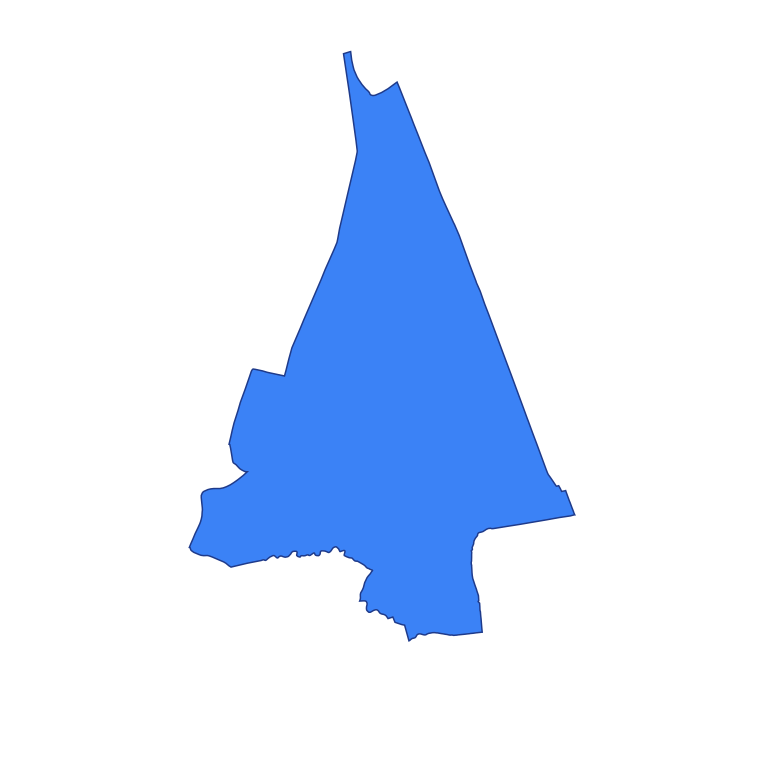 Thoi Binh, Cà Mau, Vietnam, rotated 37°
{"feature_id": "81297802B72962934651760", "entity_name": "Thoi Binh", "entity_type": "district", "adm_level": 2, "iso_a3": "VNM", "parent_name": "Vietnam", "parent_adm1": "Cà Mau", "projection": "mercator", "projection_center": [105.181, 9.38], "detail": "fine", "context": "isolated", "style": "filled", "palette": "blue", "viewbox_px": 768, "rotation_deg": 37, "n_neighbors": 0, "source": "geoboundaries", "source_scale": "gbopen_adm2", "svg_char_len": 6134}
<svg xmlns="http://www.w3.org/2000/svg" viewBox="0 0 768 768"><g transform="rotate(37 384 384)"><path d="M152.9,144.6L180.1,171.3L193.4,184.6L197.6,188.8L215.4,206.7L222.4,214.0L223.2,215.3L226.8,222.8L234.1,239.3L241.4,255.9L248.9,272.8L254.8,286.2L259.6,295.7L261.2,299.1L261.4,299.8L263.1,306.4L265.6,317.1L268.1,327.9L271.0,338.7L281.4,381.4L283.4,389.0L288.7,410.6L293.0,421.4L297.5,432.0L299.7,437.5L283.8,444.9L279.2,446.6L272.3,449.8L270.5,450.8L270.2,451.4L270.2,452.4L270.4,453.7L272.0,458.5L276.3,471.8L280.3,485.0L283.4,493.1L287.7,505.4L290.6,512.2L293.4,518.3L296.5,525.4L297.2,525.1L300.1,527.6L305.7,532.9L309.0,536.1L310.5,537.3L310.9,537.5L311.4,537.6L312.0,537.6L313.3,537.5L314.7,537.5L316.6,537.9L319.6,538.4L322.0,538.3L325.4,537.7L326.9,536.9L327.6,536.4L326.6,541.9L324.8,548.7L323.4,553.1L321.9,557.1L320.0,560.8L318.1,563.8L315.8,566.3L313.1,568.3L310.8,570.1L308.6,572.2L306.9,574.3L304.9,577.9L304.5,578.9L304.5,579.9L304.5,580.7L304.8,581.6L305.1,582.9L306.5,584.8L310.6,589.2L313.4,592.2L314.8,593.9L315.8,595.6L318.1,599.1L319.4,601.9L320.4,604.5L321.0,606.5L322.0,611.0L323.2,617.1L324.7,622.9L325.9,628.0L326.9,631.7L327.6,631.4L329.3,632.6L329.9,632.9L331.4,633.0L333.5,632.9L335.9,632.3L338.7,631.6L341.0,630.9L343.3,629.6L346.1,627.3L347.8,626.5L351.1,625.5L358.1,623.8L362.9,622.6L365.6,622.3L369.6,622.5L371.7,622.3L372.0,622.3L382.6,609.5L392.2,598.8L392.9,597.7L393.5,597.0L394.0,596.7L394.9,596.5L395.6,596.1L396.0,595.2L396.4,593.1L397.0,590.9L398.6,587.8L399.6,587.1L400.6,587.1L402.5,587.3L403.4,587.2L403.9,586.7L404.1,585.1L404.8,583.7L405.7,583.1L407.9,582.4L409.3,581.8L410.7,580.3L411.4,579.2L411.6,578.0L411.8,575.8L411.6,574.2L411.9,572.7L413.3,571.3L414.7,570.4L415.4,570.4L416.0,570.9L416.7,572.1L417.1,573.1L417.6,573.5L418.9,573.6L420.7,573.0L421.2,572.5L421.1,571.2L421.7,570.5L423.4,569.5L424.4,568.5L425.4,566.8L426.3,566.1L427.1,566.1L427.7,565.8L428.2,565.2L429.4,561.5L429.9,561.0L430.4,561.0L431.5,561.7L432.3,561.9L433.6,561.5L435.1,560.4L435.4,559.5L435.3,558.3L434.5,556.8L434.1,555.9L434.4,555.0L435.8,553.9L437.5,552.9L439.2,552.4L440.8,552.1L441.4,551.7L441.9,550.6L442.1,549.2L441.9,546.1L442.2,544.8L443.1,543.3L444.2,542.7L445.1,542.8L447.0,543.0L449.5,544.3L449.9,544.2L450.6,543.1L451.6,541.7L452.1,541.1L452.6,540.8L453.1,540.8L453.5,541.1L453.9,541.7L454.9,544.2L455.5,544.9L457.9,544.5L460.7,543.7L462.9,542.4L463.6,542.3L466.1,542.8L467.3,542.8L468.3,542.3L469.4,541.5L471.3,541.2L476.4,540.6L478.0,540.6L479.1,540.8L480.0,541.0L480.8,541.1L481.7,541.0L483.3,540.5L484.4,540.4L486.7,539.7L487.1,539.9L487.1,540.6L487.0,541.5L487.2,543.2L487.2,544.1L487.0,546.5L487.0,548.8L488.1,554.2L490.1,559.1L490.7,561.6L491.1,564.8L491.7,566.2L492.6,567.4L494.0,569.1L494.8,570.7L495.2,572.0L497.9,569.7L499.0,568.9L500.0,568.4L500.8,568.4L501.7,568.8L502.5,569.4L503.3,570.5L504.1,572.4L505.1,573.9L506.1,574.9L506.9,575.2L508.4,575.4L509.3,575.4L510.0,574.9L510.6,574.3L511.1,573.1L511.6,571.9L512.2,570.7L513.3,569.2L514.1,568.7L515.2,568.5L516.1,568.6L517.2,569.0L518.1,569.3L518.8,569.4L519.7,569.3L520.7,569.0L522.4,568.2L523.5,567.9L524.4,567.8L525.5,567.9L528.4,568.9L531.3,564.8L532.7,565.6L536.2,567.7L542.8,565.5L545.6,564.2L558.5,574.1L558.6,573.9L558.7,573.7L558.9,573.3L559.0,572.6L559.1,572.1L559.2,571.5L559.4,571.1L559.5,570.7L559.8,570.1L560.1,569.7L560.6,569.2L561.1,568.5L561.4,568.1L561.5,567.7L561.6,567.1L561.6,566.5L561.4,565.0L561.4,564.4L561.5,563.8L561.7,563.5L562.0,563.0L562.3,562.5L562.7,562.2L563.3,561.8L563.8,561.5L564.3,561.3L565.2,561.0L566.9,560.3L567.5,559.9L568.2,559.3L568.5,558.8L568.8,557.9L569.6,556.5L570.0,556.0L570.6,555.4L571.5,554.4L572.0,553.8L572.9,553.0L573.4,552.6L573.9,552.2L574.4,551.9L575.8,551.1L576.8,550.4L577.3,550.2L578.3,549.7L578.9,549.4L579.7,549.0L581.5,548.0L583.7,546.9L585.3,546.0L586.3,545.6L586.9,545.3L587.5,545.0L588.0,544.7L588.7,544.1L589.4,543.5L590.1,543.2L590.6,543.0L591.1,542.7L592.0,541.8L592.8,541.1L593.4,540.6L594.0,539.9L597.7,536.5L599.0,535.3L601.5,532.9L602.4,532.1L603.2,531.2L604.0,530.5L605.0,529.6L607.6,527.0L608.5,526.2L609.3,525.4L610.3,524.5L611.0,523.8L611.8,523.1L609.3,520.4L606.0,516.7L602.7,513.0L601.0,511.2L598.0,507.8L597.0,507.1L596.1,506.1L594.5,504.1L592.6,501.9L592.3,501.5L590.9,501.3L590.3,501.2L590.1,501.1L590.0,500.8L590.0,500.5L590.1,500.1L590.0,499.9L586.8,496.2L585.4,495.2L582.6,493.3L581.6,492.5L577.2,489.6L574.8,487.9L571.9,485.9L569.5,483.6L567.8,481.7L564.1,477.3L563.2,476.3L563.0,476.0L563.0,475.9L562.8,475.8L562.4,475.6L562.0,475.2L561.1,474.1L560.8,473.6L560.5,472.8L560.0,472.1L559.4,471.3L558.5,470.0L556.4,467.2L555.7,466.1L555.1,465.4L554.6,465.1L554.1,464.7L554.0,464.4L554.0,464.2L554.2,463.8L554.3,463.5L554.3,463.3L554.2,463.0L554.1,462.8L553.7,462.4L553.0,461.8L552.8,461.5L551.8,457.7L551.4,457.1L551.1,456.8L550.9,456.2L550.3,455.1L549.9,453.0L549.8,451.6L549.9,449.5L549.8,448.6L549.2,447.6L549.0,446.6L549.1,446.1L549.4,445.4L550.9,443.6L551.8,442.3L552.7,440.0L553.1,438.7L554.2,436.7L555.9,435.1L557.1,434.7L558.2,433.8L567.7,423.9L577.1,414.2L595.6,394.6L604.5,385.0L612.2,377.2L614.7,374.0L615.1,373.7L613.1,372.6L612.6,372.2L611.2,371.3L608.6,369.7L606.6,368.4L606.1,368.1L605.3,367.6L604.6,367.1L602.4,365.8L595.6,361.4L593.2,359.8L592.4,360.9L591.8,361.5L591.2,362.1L590.5,362.9L587.7,361.4L584.7,360.1L583.5,361.6L583.2,361.8L582.8,361.8L581.0,361.2L577.3,359.9L572.5,358.3L569.8,357.5L568.2,356.7L565.1,354.8L543.1,340.6L531.9,333.5L520.9,326.4L520.2,326.0L511.4,320.3L509.7,319.2L501.3,313.8L490.9,307.1L480.5,300.4L469.0,293.1L425.7,265.4L416.2,259.5L405.0,252.0L396.7,247.4L395.8,246.7L380.4,237.0L354.8,220.2L344.3,214.2L342.0,213.1L341.7,212.9L326.8,204.9L319.5,200.9L312.2,196.6L286.9,180.1L277.4,174.5L260.2,163.9L250.8,158.2L245.4,154.8L241.9,152.7L233.7,147.7L217.5,137.8L212.7,135.0L209.5,145.8L206.6,152.8L203.4,158.3L203.1,158.8L202.1,159.8L201.4,160.4L199.8,161.0L199.2,161.1L198.3,160.9L197.5,160.4L196.7,160.0L194.9,159.6L191.7,159.3L186.2,158.1L180.3,156.1L177.7,155.0L171.0,151.2L168.1,148.9L163.3,144.8L157.3,138.6L156.5,139.6L152.9,144.6Z" fill="#3b82f6" stroke="#1e3a8a" stroke-width="1.5"/></g></svg>